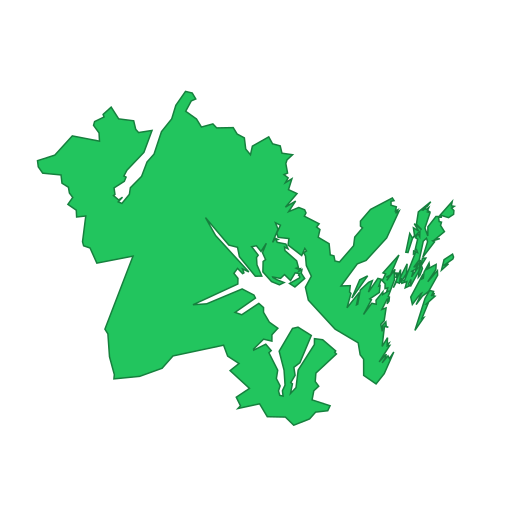 the district of Brønnøy nor, Nordland, Norway, rotated 172°
{"feature_id": "86288312B44340312529107", "entity_name": "Brønnøy nor", "entity_type": "district", "adm_level": 2, "iso_a3": "NOR", "parent_name": "Norway", "parent_adm1": "Nordland", "projection": "mercator", "projection_center": [12.383, 65.417], "detail": "fine", "context": "isolated", "style": "filled", "palette": "green", "viewbox_px": 512, "rotation_deg": 172, "n_neighbors": 0, "source": "geoboundaries", "source_scale": "gbopen_adm2", "svg_char_len": 6057}
<svg xmlns="http://www.w3.org/2000/svg" viewBox="0 0 512 512"><g transform="rotate(172 256 256)"><path d="M421.2,400.5L441.2,383.9L459.1,380.8L459.2,374.6L455.7,367.7L437.8,363.4L438.0,355.1L432.2,350.2L432.0,344.3L429.3,339.5L435.1,333.3L427.6,326.4L428.2,319.6L419.0,319.3L425.8,294.3L425.3,290.1L419.2,287.0L414.6,271.1L377.8,273.0L415.8,204.6L413.5,199.5L415.1,176.6L412.8,158.3L413.8,154.1L388.0,153.0L364.6,157.9L352.1,168.6L300.5,172.2L298.0,160.8L287.8,151.9L297.6,146.1L280.9,125.8L295.2,118.9L292.2,109.8L295.1,107.5L273.0,109.1L267.2,95.3L249.3,92.4L242.2,83.2L225.6,87.2L218.7,93.1L206.5,92.8L203.5,97.4L220.5,105.7L217.5,114.5L212.0,118.3L214.8,123.4L213.0,131.7L190.0,147.8L191.5,149.6L190.3,150.9L201.6,163.8L209.6,166.0L210.5,160.2L230.1,137.2L234.7,120.1L241.0,115.0L237.7,124.4L239.2,125.8L233.9,132.4L234.0,140.5L227.4,144.2L212.3,169.6L224.3,179.7L229.9,179.2L246.3,158.5L244.1,139.0L245.2,124.1L248.6,118.9L248.7,113.5L251.9,114.7L252.5,119.3L250.2,124.0L252.9,131.8L250.4,139.9L256.7,158.4L254.1,160.2L258.6,167.3L271.4,163.1L271.4,164.2L260.1,172.6L252.1,169.5L251.2,175.8L244.4,181.4L252.0,188.6L256.4,199.2L255.7,203.9L259.8,208.7L278.3,199.8L284.6,203.1L262.4,214.4L263.5,217.6L274.3,225.3L311.5,215.5L325.2,216.5L277.9,230.8L277.0,236.4L280.3,241.9L276.0,246.3L271.7,240.4L270.3,241.0L271.2,245.1L265.3,241.2L293.2,281.9L300.7,301.1L281.4,270.6L273.1,267.2L272.5,257.6L259.5,236.1L253.1,235.3L256.3,247.1L255.7,254.4L253.7,256.5L259.0,265.8L254.2,266.1L250.4,259.8L244.0,267.2L249.1,258.4L247.0,251.1L249.7,249.6L251.4,239.3L244.2,228.5L236.8,224.2L231.9,225.8L239.1,229.9L242.3,232.4L242.4,232.9L234.8,230.4L230.4,233.6L225.2,226.9L219.5,233.9L215.5,232.4L216.5,230.9L215.6,230.0L215.6,228.8L215.9,228.3L226.6,224.1L221.8,219.9L210.9,226.9L213.6,232.7L212.4,236.1L215.7,235.0L213.8,237.3L216.3,237.2L217.9,238.3L215.6,238.7L216.4,245.5L226.6,257.4L226.5,260.9L223.3,258.7L224.8,263.7L233.1,266.6L233.9,269.2L232.1,269.3L234.3,270.8L237.7,267.2L230.5,279.4L232.1,286.2L227.5,283.1L232.2,275.9L231.5,271.4L221.0,268.7L222.7,262.4L210.7,250.1L206.6,256.7L205.3,253.9L208.4,252.6L207.0,249.1L207.5,239.5L204.0,228.3L211.4,218.2L210.3,205.0L187.9,172.6L166.9,155.8L166.6,143.7L163.8,138.9L166.0,122.8L154.9,112.6L145.4,121.6L132.9,141.8L138.1,135.9L139.2,138.7L146.0,132.6L142.3,136.8L140.6,140.6L148.8,134.0L136.0,148.8L138.4,148.7L136.5,151.2L138.4,150.4L137.1,156.8L143.7,148.9L138.6,168.4L134.9,167.0L136.9,168.2L136.6,172.7L140.1,170.0L141.5,163.8L141.9,171.0L138.1,174.0L134.4,186.5L138.8,185.5L132.2,195.0L130.7,195.3L132.9,190.4L130.6,192.7L129.6,196.8L130.8,197.4L122.3,213.0L121.5,218.7L118.8,219.1L120.7,214.8L118.1,219.3L121.7,220.1L120.1,223.5L130.0,213.5L126.5,217.4L130.1,216.8L125.4,218.6L114.3,237.1L132.6,221.6L130.1,220.2L134.5,214.1L132.0,210.5L132.8,205.7L130.0,206.1L131.4,202.9L130.0,202.7L135.9,200.2L135.3,202.9L143.3,195.5L143.7,191.5L147.9,193.1L157.7,183.1L147.8,196.6L149.3,197.7L139.0,202.7L137.3,209.4L138.6,209.1L135.3,215.6L138.4,216.9L149.7,204.6L144.2,215.4L148.1,214.3L157.4,207.8L162.0,194.1L163.3,193.7L158.9,205.5L173.1,192.0L167.2,205.8L168.4,207.3L166.8,213.5L176.0,214.5L156.8,234.1L147.6,236.3L124.1,255.7L108.0,280.7L111.9,278.9L109.3,282.0L111.6,281.3L110.2,285.2L115.2,287.5L114.7,291.4L111.6,291.6L112.9,294.5L136.1,286.2L147.7,276.0L148.4,271.1L146.6,269.0L155.6,261.0L157.9,252.6L174.2,238.4L178.5,240.1L178.8,245.3L182.3,246.8L181.9,258.0L191.8,265.9L189.0,273.3L192.0,276.3L189.0,279.1L202.6,288.7L200.5,291.7L201.4,295.0L206.9,298.1L217.5,295.4L209.1,304.9L220.1,300.3L206.7,312.1L214.6,317.2L209.7,327.5L216.7,324.5L213.3,328.9L217.0,332.7L213.2,333.7L213.6,343.4L211.9,346.9L205.7,351.2L216.0,354.2L216.7,361.7L224.0,364.8L226.8,372.2L244.3,365.3L247.4,357.0L251.3,363.3L251.1,374.6L257.7,379.4L260.7,386.3L277.1,388.3L280.3,392.8L292.1,391.3L295.9,400.0L305.5,409.1L298.5,418.6L293.8,419.9L296.5,426.3L302.9,428.8L314.4,416.4L320.4,403.5L332.3,392.3L342.8,371.1L350.8,364.3L358.2,350.8L370.9,341.1L372.8,334.7L381.5,326.7L384.9,328.8L380.0,332.8L384.2,330.6L388.7,335.7L387.1,336.6L387.1,343.2L376.0,348.3L373.7,352.2L375.7,353.6L371.9,358.9L352.6,374.2L341.5,394.8L355.1,394.6L357.5,398.2L358.3,406.9L372.9,410.9L378.7,423.6L387.7,417.5L387.1,414.8L397.1,411.6L398.7,408.0L394.3,399.7L395.0,391.5L421.2,400.5ZM107.3,204.3L96.4,218.9L98.1,212.5L96.4,214.1L92.9,220.5L93.6,223.7L88.1,230.3L91.5,230.6L95.4,220.2L96.0,219.2L96.6,218.9L93.8,229.3L99.0,221.3L97.8,221.4L104.9,213.6L102.6,218.5L103.8,219.2L99.6,220.8L97.8,225.4L101.5,222.7L94.8,229.6L88.3,247.4L84.7,249.9L84.1,246.3L91.0,231.6L77.3,245.1L78.9,246.4L71.5,247.6L76.3,247.6L66.0,253.9L69.0,260.6L67.6,263.7L69.8,264.6L69.9,268.9L67.1,268.6L67.0,269.4L72.3,270.1L81.7,261.0L83.1,251.9L84.8,260.3L77.7,274.5L79.7,275.6L78.1,275.8L79.7,277.3L78.2,279.9L80.8,278.5L81.8,279.4L84.2,278.1L85.2,278.5L79.3,281.5L75.4,285.4L89.1,277.1L92.7,265.2L88.3,259.0L94.8,266.0L91.5,258.1L96.2,262.0L96.2,254.2L98.6,251.9L100.6,256.9L107.1,238.9L105.0,238.3L98.5,251.8L90.3,257.5L91.2,252.3L92.6,255.8L95.4,251.8L93.6,250.2L97.8,239.4L96.2,240.1L95.5,236.9L99.2,239.0L99.8,236.0L98.0,236.5L112.7,210.5L114.2,212.2L109.5,217.6L107.4,227.2L116.1,214.7L114.7,222.4L124.4,205.5L120.7,210.7L117.8,209.1L116.3,214.6L117.1,209.3L115.2,213.9L115.4,208.7L110.2,209.7L112.7,203.7L108.3,205.0L108.6,207.3L105.8,211.2L107.3,204.3ZM97.3,196.0L104.2,185.6L96.8,193.1L90.0,196.9L78.8,211.7L78.4,216.2L89.5,206.6L79.8,217.5L78.8,222.6L89.6,218.7L85.6,222.1L85.6,225.0L91.9,216.5L93.4,210.7L94.9,210.2L93.0,215.0L108.5,193.8L107.9,186.3L100.3,193.9L99.6,194.0L98.3,195.6L97.3,196.0ZM109.0,160.2L98.5,171.6L100.4,171.1L91.9,185.6L93.6,184.8L94.0,184.8L84.3,191.3L86.0,192.0L84.5,194.5L88.1,191.9L85.1,196.2L88.8,197.7L94.5,190.5L109.0,160.2ZM67.9,270.9L60.0,267.2L54.5,269.8L53.7,273.5L55.7,276.2L52.8,277.6L55.6,278.5L54.1,282.7L67.9,270.9ZM156.6,218.0L166.9,201.0L148.2,220.8L156.6,218.0ZM74.3,216.2L66.4,221.5L68.6,220.4L70.9,220.8L61.5,225.6L60.5,227.5L61.1,230.5L70.3,226.2L74.3,216.2Z" fill="#22c55e" stroke="#15803d" stroke-width="1.5"/></g></svg>